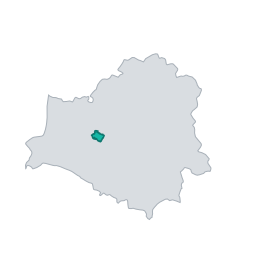 Nyasvizh, Minsk, Belarus (highlighted), rotated 19°
{"feature_id": "67162791B10653728732828", "entity_name": "Nyasvizh", "entity_type": "district", "adm_level": 2, "iso_a3": "BLR", "parent_name": "Belarus", "parent_adm1": "Minsk", "projection": "mercator", "projection_center": [26.624, 53.238], "detail": "fine", "context": "in_parent", "style": "filled", "palette": "teal", "viewbox_px": 256, "rotation_deg": 19, "n_neighbors": 0, "source": "geoboundaries", "source_scale": "gbopen_adm2", "svg_char_len": 5646}
<svg xmlns="http://www.w3.org/2000/svg" viewBox="0 0 256 256"><g transform="rotate(19 128 128)"><path d="M201.5,181.5L197.9,181.3L193.5,181.4L191.0,183.1L188.4,182.3L186.5,183.2L182.1,187.9L180.4,190.5L178.8,194.4L177.9,197.2L178.4,199.2L179.2,201.1L179.4,203.1L179.8,204.7L178.7,205.8L178.1,207.5L176.3,207.2L174.0,205.6L173.5,203.3L171.8,201.7L170.7,200.9L168.8,200.8L165.8,201.5L161.9,202.1L159.0,202.2L157.4,203.1L155.0,203.8L154.1,202.9L152.8,200.3L151.7,197.7L151.0,196.6L150.3,196.3L149.5,196.3L148.6,197.2L147.9,198.0L145.5,199.0L144.4,199.9L143.2,202.3L142.4,202.1L141.6,201.6L140.6,198.9L139.3,198.3L137.3,198.3L134.7,197.7L132.6,196.9L131.9,197.1L130.6,198.2L129.3,198.4L126.4,197.4L125.8,197.8L124.1,200.8L123.3,200.9L122.9,200.5L123.1,198.0L121.4,197.1L118.6,196.9L116.5,197.3L115.6,197.2L115.1,196.7L112.6,192.4L111.3,192.1L108.9,192.3L105.5,191.8L101.5,190.9L99.3,190.5L98.2,189.5L95.7,189.2L89.2,187.4L86.5,187.1L82.5,187.0L76.5,186.6L72.6,186.8L70.9,187.5L68.8,187.8L61.6,188.3L59.1,188.8L58.3,189.7L57.5,191.7L54.6,195.1L51.7,197.4L51.2,197.6L49.5,196.4L48.1,196.0L46.5,195.8L45.3,196.2L44.6,196.8L44.7,199.4L44.5,199.7L43.2,196.5L43.3,193.7L44.1,192.1L44.9,190.6L44.6,188.4L45.4,185.5L45.4,183.4L45.1,182.5L44.4,181.4L42.5,180.3L41.7,179.4L39.2,178.1L36.7,176.6L36.2,175.7L36.4,175.0L36.8,174.1L38.7,171.2L40.8,168.4L42.1,167.3L49.1,163.8L50.2,162.5L50.5,160.4L50.4,156.1L49.9,152.2L49.4,149.5L48.1,144.4L44.4,133.8L42.2,122.7L43.6,123.3L47.0,123.6L49.7,122.8L51.0,122.7L52.3,122.9L55.8,122.3L56.7,123.3L58.2,124.2L61.3,122.9L64.1,121.4L66.9,121.5L67.3,120.8L68.0,116.8L68.8,115.9L72.2,116.3L73.5,115.6L74.8,113.7L76.8,112.4L78.5,112.4L80.2,111.1L81.1,112.0L81.5,113.6L80.9,114.9L81.2,115.5L82.4,116.1L84.5,116.1L85.8,115.5L86.1,114.8L86.1,113.4L85.8,112.2L84.9,111.1L83.2,110.5L82.1,110.5L81.9,109.8L82.3,108.3L83.3,105.5L84.5,103.0L85.3,102.1L85.4,101.2L85.3,99.7L85.3,97.0L86.4,93.1L87.9,90.3L89.9,89.3L92.4,88.8L94.0,87.4L94.8,85.9L95.4,83.4L96.2,82.9L102.2,83.2L103.1,80.7L103.6,80.0L104.7,79.2L105.5,78.3L105.2,77.7L103.7,77.2L100.1,76.8L99.4,76.0L99.6,75.0L100.6,72.4L101.5,69.1L102.0,66.5L102.0,65.0L102.5,64.5L105.5,64.1L106.4,63.5L109.0,60.0L110.9,59.4L115.8,60.3L118.1,60.2L121.0,60.5L121.2,60.1L122.2,56.6L127.1,50.9L129.7,49.0L131.4,48.5L132.0,48.6L134.6,51.6L135.2,51.8L136.9,50.5L140.0,50.4L141.4,51.4L143.4,55.1L144.4,55.5L147.3,53.5L149.0,52.8L150.0,52.8L155.6,55.7L156.0,56.6L156.0,57.6L155.2,61.0L156.3,63.0L157.6,64.4L160.5,62.1L161.5,61.5L162.7,61.4L164.2,60.6L165.3,59.3L166.4,58.9L168.4,59.2L172.1,58.9L176.4,60.9L176.8,61.5L178.9,63.8L179.6,65.0L180.3,65.4L181.5,66.5L183.0,67.2L184.1,67.0L184.6,67.4L185.1,68.3L185.1,69.8L184.9,74.1L183.4,76.4L183.2,77.2L183.3,78.2L184.5,80.0L186.1,82.9L186.4,84.6L186.4,85.9L184.3,89.5L183.6,90.4L183.1,92.2L182.8,94.0L183.0,94.8L186.5,97.7L189.2,99.3L189.8,100.1L189.8,100.5L188.4,103.7L188.3,104.5L190.4,105.8L191.6,107.8L192.6,111.1L194.6,114.3L202.1,118.9L202.7,119.7L203.0,120.7L202.7,122.8L201.4,126.9L202.6,127.5L205.9,127.3L210.0,127.8L214.8,130.7L214.8,132.0L214.3,133.2L214.6,134.4L215.1,135.4L219.3,138.6L219.7,139.6L219.8,141.1L219.7,142.3L218.5,142.5L217.2,143.0L215.1,144.4L214.3,146.3L210.9,148.9L208.8,150.1L207.2,150.2L203.2,149.7L201.8,148.3L201.2,147.2L199.7,146.6L197.7,146.6L194.9,146.8L194.3,147.1L193.9,148.6L192.7,151.1L191.8,152.5L195.4,157.5L197.1,159.5L197.7,160.7L197.7,161.6L196.8,162.7L197.0,164.7L198.7,167.5L198.1,167.9L197.9,171.3L198.0,174.9L198.4,175.7L199.4,176.5L200.1,177.8L201.4,180.7L201.5,181.5Z" fill="#d9dde1" stroke="#a8b0b8" stroke-width="1"/><path d="M97.7,141.5L97.8,141.7L97.9,141.9L97.9,142.1L97.9,142.4L97.8,142.6L98.0,142.8L98.3,142.9L98.3,143.1L98.2,143.3L98.1,143.5L98.2,143.9L98.2,144.2L98.2,144.5L97.8,144.8L97.4,144.8L97.2,144.8L97.1,145.2L97.1,145.4L96.9,145.5L96.7,145.5L96.6,146.0L96.4,146.3L96.0,146.4L95.9,146.6L96.0,146.8L96.1,147.0L96.3,147.1L96.6,147.1L96.9,147.2L97.1,147.4L97.2,147.7L97.3,148.0L97.5,148.4L97.7,148.6L97.9,148.8L98.2,149.1L98.5,149.2L98.7,149.3L99.0,149.4L99.3,149.3L99.6,149.3L99.4,149.0L99.3,148.8L99.2,148.7L99.0,148.4L98.9,148.3L99.0,148.2L99.4,147.9L99.5,148.0L99.8,148.3L99.9,148.2L100.0,148.2L100.1,148.3L100.2,148.5L100.3,148.8L100.6,148.9L100.8,148.8L101.1,148.8L101.2,149.0L101.3,149.1L101.5,149.0L101.6,148.9L101.6,148.7L101.6,148.4L101.8,148.4L101.9,148.5L102.1,148.7L102.3,148.9L102.4,149.0L102.6,149.1L102.8,149.2L103.1,149.4L103.3,149.6L103.7,149.8L103.9,149.9L104.0,149.9L104.3,149.8L104.3,149.7L104.5,149.6L104.8,149.6L104.9,149.9L105.1,150.1L105.3,150.1L105.5,149.9L105.7,149.7L105.9,149.7L106.0,149.8L106.4,149.9L106.5,149.9L106.6,149.6L106.8,149.4L106.9,149.2L106.8,148.9L106.7,148.6L106.8,148.5L106.8,148.3L107.0,148.1L107.1,147.8L107.1,147.6L107.2,147.4L107.2,147.2L107.1,146.9L107.1,146.6L107.3,146.4L107.4,146.2L107.4,145.9L107.5,145.9L107.7,145.7L107.6,145.4L107.5,145.2L107.8,144.9L107.8,144.2L107.8,143.9L107.9,143.7L107.9,143.3L107.9,143.1L107.9,142.9L107.6,142.7L107.4,142.7L107.3,142.8L107.2,142.8L106.8,142.9L106.7,142.9L106.4,142.7L106.3,142.3L106.2,142.3L106.1,142.2L105.9,142.3L105.9,142.5L105.7,142.8L105.4,142.8L105.2,142.8L105.0,142.7L104.9,142.6L104.7,142.6L104.3,142.6L104.2,142.6L104.0,142.8L103.9,142.8L103.8,142.7L103.6,142.7L103.3,142.7L103.2,142.7L103.3,142.4L103.2,142.2L102.9,142.1L102.6,142.0L102.4,142.1L102.2,142.3L101.8,142.3L101.7,142.3L101.5,142.2L101.4,142.0L101.2,142.0L100.8,142.1L100.7,142.1L100.2,142.1L100.0,141.9L99.9,141.6L100.1,141.5L100.2,141.4L100.3,141.3L100.5,141.2L100.6,140.8L100.2,140.8L99.7,140.7L99.0,140.9L98.5,140.9L98.2,141.2L97.8,141.4L97.7,141.5Z" fill="#14b8a6" stroke="#0f766e" stroke-width="1.5"/></g></svg>